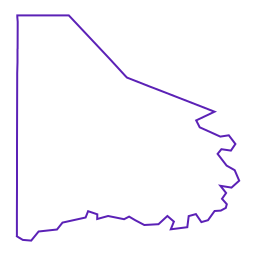 the district of Washington, Pennsylvania, United States of America
{"feature_id": "52423323B65107112441077", "entity_name": "Washington", "entity_type": "district", "adm_level": 2, "iso_a3": "USA", "parent_name": "United States of America", "parent_adm1": "Pennsylvania", "projection": "equal_earth", "projection_center": [-80.184, 40.215], "detail": "fine", "context": "isolated", "style": "outline", "palette": "violet", "viewbox_px": 256, "rotation_deg": 0, "n_neighbors": 0, "source": "geoboundaries", "source_scale": "gbopen_adm2", "svg_char_len": 911}
<svg xmlns="http://www.w3.org/2000/svg" viewBox="0 0 256 256"><path d="M228.8,135.3L220.3,136.6L199.7,127.3L196.2,120.4L214.5,111.7L175.5,96.5L162.4,91.4L148.6,86.1L127.0,77.6L125.5,76.1L109.9,59.1L68.8,15.4L68.5,15.4L17.3,15.4L17.3,17.0L17.7,21.8L17.6,48.7L17.5,49.0L17.5,62.3L17.2,73.3L17.2,78.2L17.0,145.9L17.0,151.5L17.0,178.9L17.0,186.5L17.0,187.0L16.9,213.0L16.9,235.8L16.8,236.2L16.8,236.3L22.8,239.9L31.2,240.6L38.6,231.5L57.0,229.5L62.5,222.6L85.6,217.5L88.1,211.2L97.3,214.3L97.2,219.0L108.1,216.0L124.1,219.2L129.1,216.6L135.2,220.2L144.3,225.0L158.5,224.2L167.4,216.0L173.9,221.6L170.8,229.3L187.3,227.2L188.7,216.1L195.9,214.1L201.4,222.1L208.0,220.2L214.6,211.0L220.8,210.6L225.8,207.9L226.8,204.2L222.0,198.8L226.1,193.0L220.4,185.8L231.5,187.6L239.2,180.7L234.7,170.2L226.6,165.6L217.6,153.9L221.4,149.2L230.9,150.6L235.4,144.0L228.8,135.3Z" fill="none" stroke="#5b21b6" stroke-width="2"/></svg>